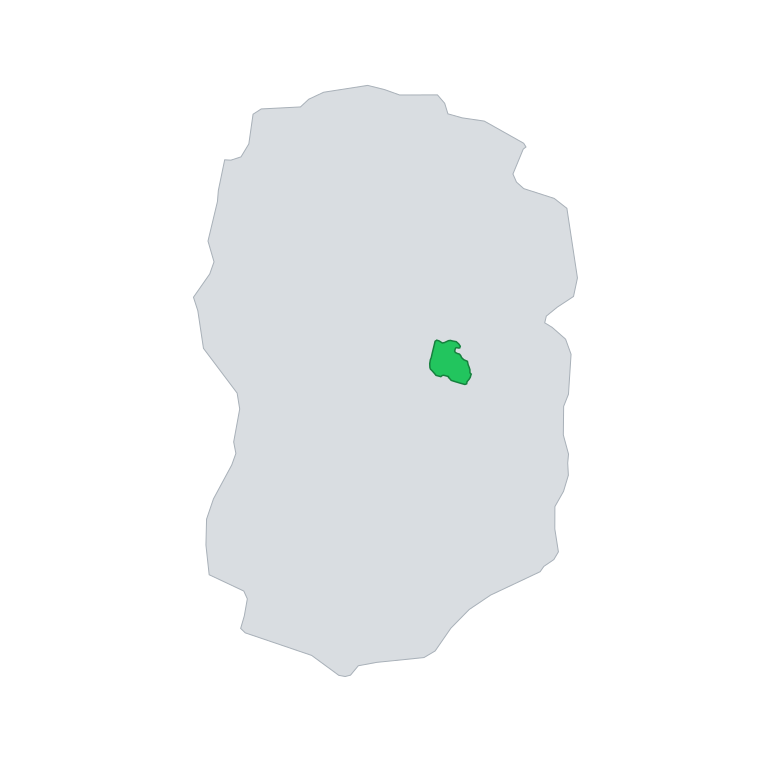 North Macedonia, with Zelenikovo highlighted, rotated 105°
{"feature_id": "MKD-2917", "entity_name": "Zelenikovo", "entity_type": "Statistical Region", "adm_level": 1, "iso_a3": "MKD", "parent_name": "North Macedonia", "parent_adm1": "", "projection": "robinson", "projection_center": [21.557, 41.818], "detail": "fine", "context": "in_parent", "style": "filled", "palette": "green", "viewbox_px": 768, "rotation_deg": 105, "n_neighbors": 0, "source": "natural_earth", "source_scale": "10m", "svg_char_len": 1957}
<svg xmlns="http://www.w3.org/2000/svg" viewBox="0 0 768 768"><g transform="rotate(105 384 384)"><path d="M346.4,203.2L359.1,204.7L386.8,197.6L404.0,187.6L412.8,186.1L424.4,182.3L441.2,182.8L458.2,187.2L479.8,181.5L501.0,172.1L509.6,174.5L518.8,182.4L524.9,184.6L560.3,226.4L579.7,243.3L602.5,256.2L628.6,265.5L637.9,274.6L654.8,319.1L662.8,335.9L673.9,341.0L676.6,345.8L677.1,352.3L664.9,383.6L660.3,453.6L657.2,459.2L644.2,458.9L626.9,460.4L620.3,465.8L613.5,503.5L585.7,514.3L560.5,520.4L539.1,519.0L501.6,510.1L489.4,509.1L478.9,514.2L445.5,516.9L430.8,523.5L396.3,567.6L361.4,582.8L349.5,590.5L322.8,580.8L310.0,579.8L291.5,591.0L250.9,592.1L239.9,594.1L208.7,595.9L207.4,589.8L201.6,580.9L187.1,576.7L157.3,580.3L150.1,573.8L138.0,536.4L128.4,530.4L117.8,517.8L99.8,477.1L99.5,459.3L100.8,443.7L90.9,407.2L97.2,398.0L106.5,392.2L106.7,377.5L104.1,355.2L115.3,311.4L118.3,308.2L121.1,310.3L147.8,313.8L154.7,308.3L159.1,299.6L160.7,267.6L167.0,252.8L231.5,224.6L250.4,223.6L264.9,236.5L276.4,244.8L283.3,244.6L285.8,236.2L293.7,220.2L306.9,211.0L346.0,203.2L346.4,203.2Z" fill="#d9dde1" stroke="#a8b0b8" stroke-width="1"/><path d="M329.5,345.7L328.2,344.5L328.0,344.4L328.1,342.0L328.6,340.4L329.3,338.3L328.4,336.4L325.5,333.0L324.7,331.1L324.7,328.7L324.4,325.2L326.0,322.1L327.8,320.1L329.5,320.2L330.0,321.4L330.1,323.3L330.7,324.1L332.0,324.3L334.1,324.2L335.1,323.1L335.5,321.4L335.6,318.8L336.7,317.3L338.4,315.9L339.9,313.2L340.5,309.3L343.5,307.8L345.9,306.0L348.0,304.7L350.9,303.9L351.9,302.3L353.2,302.4L355.2,302.4L357.3,303.0L360.3,304.4L362.4,304.2L363.5,305.7L363.5,309.5L363.3,316.2L363.1,320.0L362.4,321.2L361.7,321.9L361.2,322.8L361.2,323.3L360.1,323.7L360.1,325.5L360.1,327.8L360.2,329.1L361.1,330.3L362.2,331.0L362.2,332.6L362.2,336.0L360.8,337.9L358.8,340.9L357.6,343.0L356.2,343.9L352.5,345.1L348.4,345.5L346.6,345.2L341.7,345.4L336.9,345.5L332.8,345.6L329.5,345.7Z" fill="#22c55e" stroke="#15803d" stroke-width="1.5"/></g></svg>